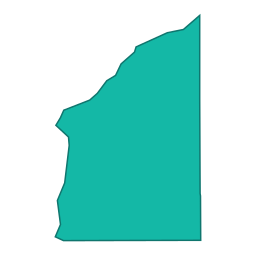 the district of Fountain, Indiana, United States of America
{"feature_id": "52423323B15325953487278", "entity_name": "Fountain", "entity_type": "district", "adm_level": 2, "iso_a3": "USA", "parent_name": "United States of America", "parent_adm1": "Indiana", "projection": "orthographic", "projection_center": [-87.288, 40.16], "detail": "fine", "context": "isolated", "style": "filled", "palette": "teal", "viewbox_px": 256, "rotation_deg": 0, "n_neighbors": 0, "source": "geoboundaries", "source_scale": "gbopen_adm2", "svg_char_len": 421}
<svg xmlns="http://www.w3.org/2000/svg" viewBox="0 0 256 256"><path d="M199.7,97.9L199.7,15.4L183.4,29.5L167.4,32.7L136.1,46.9L134.5,52.1L121.1,63.9L115.6,75.4L106.8,80.7L97.3,93.4L89.7,100.1L63.8,110.2L60.4,117.8L55.9,125.3L68.5,137.0L69.2,145.4L64.7,182.9L57.4,200.5L60.5,224.5L55.3,236.8L63.5,240.6L105.9,240.5L200.7,240.3L200.5,195.9L200.1,193.5L199.7,97.9Z" fill="#14b8a6" stroke="#0f766e" stroke-width="1.5"/></svg>